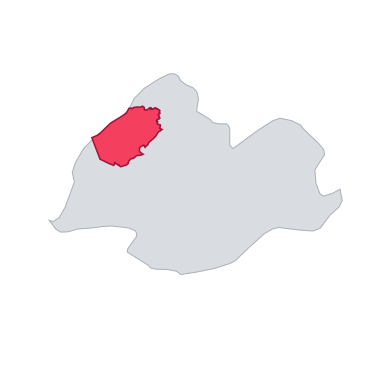 location of Kayonza, Eastern, Rwanda, rotated 230°
{"feature_id": "39286606B59170295238138", "entity_name": "Kayonza", "entity_type": "district", "adm_level": 2, "iso_a3": "RWA", "parent_name": "Rwanda", "parent_adm1": "Eastern", "projection": "equal_earth", "projection_center": [30.553, -1.862], "detail": "fine", "context": "in_parent", "style": "filled", "palette": "rose", "viewbox_px": 384, "rotation_deg": 230, "n_neighbors": 0, "source": "geoboundaries", "source_scale": "gbopen_adm2", "svg_char_len": 5831}
<svg xmlns="http://www.w3.org/2000/svg" viewBox="0 0 384 384"><g transform="rotate(230 192 192)"><path d="M160.3,111.5L163.9,111.4L187.4,103.8L189.8,106.2L193.6,120.9L195.6,123.0L198.8,123.6L205.4,120.2L217.5,108.7L222.8,101.7L229.0,91.9L237.0,80.8L241.4,71.1L245.8,65.5L251.4,63.8L257.7,64.2L262.1,64.4L258.5,66.7L257.8,73.8L261.9,85.1L275.4,108.5L284.0,112.8L289.6,121.9L295.1,137.3L296.7,156.4L294.5,179.5L295.8,196.7L300.8,207.9L302.1,222.5L299.7,240.4L296.8,251.2L293.5,254.7L289.6,256.0L284.4,254.8L278.1,256.4L271.2,259.7L266.8,260.2L264.2,259.6L259.1,256.7L251.0,247.4L236.0,252.5L232.0,252.4L226.5,256.8L222.0,262.3L219.3,262.6L216.5,261.9L203.6,251.0L198.9,251.3L196.9,282.0L194.8,299.1L192.1,306.7L182.9,314.0L173.6,318.2L168.5,317.9L148.0,320.2L140.0,320.2L135.6,317.7L129.9,300.3L119.0,292.6L108.6,288.9L104.4,289.9L100.6,299.1L99.0,307.2L88.9,301.6L85.9,294.7L85.6,283.0L81.9,267.1L84.0,260.2L87.9,255.8L96.3,247.4L109.1,235.7L111.8,230.1L113.6,220.8L112.8,199.2L111.5,180.9L113.1,174.4L118.9,160.3L126.7,145.8L135.8,130.6L141.3,129.1L148.5,123.3L156.1,114.7L160.3,111.5Z" fill="#d9dde1" stroke="#a8b0b8" stroke-width="1"/><path d="M259.1,209.3L259.6,209.2L261.3,208.1L261.8,208.3L262.0,208.6L262.1,209.0L262.5,209.6L262.7,209.8L262.8,210.1L263.0,210.2L263.3,210.5L263.6,210.7L264.0,210.7L264.0,210.8L264.3,210.7L264.5,210.5L264.8,210.3L265.0,210.0L265.1,209.8L265.3,209.8L265.4,209.5L265.6,209.5L265.7,209.4L265.9,209.5L266.0,209.4L266.3,209.3L266.5,209.3L266.8,209.3L267.0,209.3L267.4,209.6L267.5,210.1L267.7,210.3L267.6,210.6L267.7,210.9L267.9,210.9L268.0,210.8L268.3,210.9L268.5,210.6L268.9,210.5L269.0,210.6L269.3,210.4L269.5,210.4L269.8,211.2L269.7,212.0L269.6,212.3L269.4,212.9L269.2,213.3L269.2,213.5L269.1,214.3L269.3,215.0L269.5,215.0L270.1,215.0L270.2,214.9L270.3,215.0L270.5,214.9L270.5,215.0L270.7,215.3L271.0,215.3L271.4,215.5L271.5,215.6L271.8,215.6L272.0,215.6L272.1,216.0L272.4,216.3L272.6,216.4L272.7,215.8L272.9,215.9L273.1,216.1L273.1,216.7L273.1,217.0L272.9,217.3L272.9,217.7L272.9,217.8L272.9,218.2L273.1,218.2L274.1,218.2L274.1,218.3L274.3,218.6L274.4,218.8L274.6,219.0L274.8,219.4L274.9,219.7L275.0,219.8L275.3,219.7L275.5,219.5L275.8,219.6L276.1,219.6L276.5,219.4L276.7,219.2L276.9,219.0L277.0,219.0L277.2,218.9L277.4,219.0L277.4,218.9L277.6,218.8L277.9,218.9L278.0,218.9L278.0,218.6L278.3,218.5L278.5,218.7L278.7,218.4L278.9,218.2L279.1,218.1L279.3,218.3L279.5,218.3L279.5,218.2L279.8,218.0L280.1,218.0L280.1,217.9L280.3,217.5L280.3,217.2L280.2,217.1L280.2,216.9L280.3,216.9L280.3,216.5L280.5,216.5L280.6,216.4L280.7,215.9L280.7,215.6L280.6,215.4L280.6,215.1L280.7,214.9L281.0,214.6L281.0,214.4L281.4,214.1L281.5,214.0L282.1,213.6L281.9,214.8L282.4,214.9L283.3,214.4L283.6,214.1L283.6,213.9L283.7,213.1L283.7,212.8L283.8,212.5L283.7,212.2L283.7,211.4L283.8,211.1L284.0,210.1L283.9,210.1L283.8,209.9L284.8,208.9L285.4,208.4L285.5,208.5L285.6,208.9L285.9,208.8L286.2,208.8L286.4,208.9L286.6,209.1L286.9,209.3L287.0,209.3L287.2,209.5L287.3,209.6L287.5,209.8L289.7,209.2L289.8,208.2L290.0,207.6L290.3,207.0L290.5,206.6L291.1,205.9L292.3,204.8L293.0,203.7L294.2,201.7L294.3,201.4L294.4,201.0L294.4,200.7L294.2,200.5L294.1,200.4L294.3,199.9L294.6,199.5L294.8,199.2L295.0,199.1L295.3,199.3L295.6,199.0L295.6,198.7L296.2,198.4L296.3,198.0L296.6,197.8L296.6,197.7L296.6,197.4L295.0,193.4L294.9,192.7L294.6,192.3L295.2,186.5L295.3,186.2L295.3,185.9L297.1,174.2L297.0,173.9L297.1,173.7L296.5,165.0L296.1,160.5L296.0,158.7L296.2,158.0L296.1,157.2L296.1,156.8L296.1,156.4L296.6,154.7L297.9,150.7L297.9,150.4L298.0,150.2L276.1,142.6L275.7,142.9L275.5,143.0L275.2,143.1L274.4,143.5L267.4,146.6L262.7,149.1L262.8,149.7L263.0,150.0L263.1,150.6L263.3,150.8L263.7,150.8L264.0,151.1L264.2,151.3L264.2,151.5L264.3,151.8L264.1,151.9L264.0,152.0L263.8,152.1L262.6,152.0L262.4,152.2L262.1,152.3L261.9,152.5L261.7,152.4L261.2,152.5L260.6,152.5L260.3,152.6L260.2,152.8L260.0,153.1L259.9,153.2L259.9,153.3L259.8,153.5L259.7,153.3L259.5,153.2L258.9,153.1L258.7,153.1L257.9,153.4L257.5,153.4L257.3,153.5L257.2,153.8L257.1,154.0L256.6,154.8L256.5,155.0L256.4,155.3L255.8,157.2L255.6,157.5L255.3,157.9L255.1,158.6L255.0,158.8L254.9,158.9L254.9,159.3L254.8,159.8L254.9,160.6L254.9,160.9L254.9,161.2L254.9,161.3L254.9,161.7L255.4,162.0L255.5,162.1L255.9,162.5L255.9,163.0L256.0,163.3L256.4,163.6L256.5,163.7L256.6,164.0L256.6,164.3L256.6,164.5L256.5,164.9L256.5,165.1L256.5,165.3L256.5,165.8L256.6,166.4L256.5,167.2L256.3,167.5L256.2,167.6L255.9,167.8L255.6,168.2L255.5,168.3L255.5,168.5L255.4,168.7L255.5,169.3L255.4,169.7L255.4,170.0L255.3,170.4L255.4,170.5L255.4,171.2L255.5,171.8L255.5,172.1L255.3,172.8L255.2,173.2L255.1,173.5L254.5,174.5L254.3,174.7L254.1,174.9L254.0,175.1L253.6,175.6L253.2,176.4L253.0,176.7L253.0,176.8L252.8,177.3L252.4,178.5L252.3,178.9L253.4,178.4L254.4,178.3L255.2,178.1L255.6,178.0L256.2,178.0L256.9,178.1L257.5,178.3L258.0,178.7L259.3,180.1L259.7,180.6L259.8,180.7L259.7,181.0L259.5,182.2L259.5,182.3L259.6,182.5L259.5,182.9L259.4,183.3L259.3,183.9L259.3,184.1L259.1,184.6L259.1,184.9L259.1,185.0L258.8,185.2L258.6,185.3L258.2,185.1L257.9,185.1L257.4,184.7L257.0,184.8L257.0,184.7L256.9,184.7L256.7,184.7L256.8,184.8L256.7,184.8L256.7,185.0L256.6,185.3L256.6,185.7L256.5,185.8L256.6,186.1L256.6,186.8L256.7,187.0L256.8,187.2L256.7,187.3L256.6,187.5L256.5,187.8L256.5,188.1L256.6,188.5L256.7,188.8L257.0,189.3L257.4,190.0L257.6,191.0L257.8,191.8L257.8,192.1L257.7,192.6L257.7,193.3L257.7,193.5L257.7,193.9L257.8,194.1L257.8,194.4L257.8,195.1L257.7,195.7L257.6,196.0L257.7,196.6L257.7,196.9L257.7,197.1L257.8,197.4L257.8,197.5L257.9,198.1L257.9,198.5L257.9,198.8L257.9,199.2L258.1,199.8L258.1,200.1L258.1,200.8L258.3,201.2L258.5,201.6L258.6,202.0L259.2,202.9L259.5,204.6L259.4,206.0L259.2,206.7L259.2,207.3L259.3,208.6L259.1,209.3Z" fill="#f43f5e" stroke="#9f1239" stroke-width="1.5"/></g></svg>